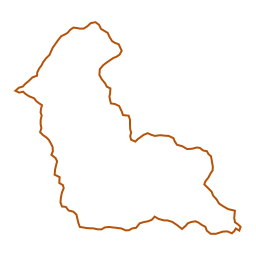 outline of Coronel Fabriciano, Minas Gerais, Brazil
{"feature_id": "56859067B5591218375220", "entity_name": "Coronel Fabriciano", "entity_type": "district", "adm_level": 2, "iso_a3": "BRA", "parent_name": "Brazil", "parent_adm1": "Minas Gerais", "projection": "orthographic", "projection_center": [-42.686, -19.44], "detail": "fine", "context": "isolated", "style": "outline", "palette": "amber", "viewbox_px": 256, "rotation_deg": 0, "n_neighbors": 0, "source": "geoboundaries", "source_scale": "gbopen_adm2", "svg_char_len": 2273}
<svg xmlns="http://www.w3.org/2000/svg" viewBox="0 0 256 256"><path d="M136.1,227.8L139.7,223.3L143.7,222.1L147.9,221.3L151.7,219.9L154.7,216.6L158.5,218.9L164.0,220.4L167.3,220.4L172.1,221.8L177.0,225.0L182.0,229.0L185.6,225.9L187.9,223.2L191.2,222.0L195.4,221.3L198.3,222.5L201.7,224.9L205.4,226.8L206.8,230.7L210.7,233.8L216.0,233.8L222.9,231.6L227.4,231.4L231.9,233.3L234.2,231.2L235.8,228.5L239.3,230.6L240.6,226.8L237.9,224.3L235.0,222.3L234.2,218.0L234.9,210.7L228.1,209.1L223.2,206.3L219.1,203.6L216.6,199.4L213.1,195.6L211.7,191.8L208.5,188.5L204.3,184.4L205.3,181.5L208.5,177.4L210.6,173.3L212.6,170.5L212.8,166.6L212.0,161.8L211.0,156.3L208.5,154.1L206.9,151.2L203.2,150.5L199.8,147.9L196.7,147.5L192.4,148.7L187.2,149.1L182.3,146.2L177.0,144.8L174.9,141.7L173.4,138.1L168.6,135.9L164.9,135.7L160.3,135.2L154.8,135.9L151.3,134.8L147.6,133.2L143.6,134.9L141.0,136.8L137.7,139.2L135.3,141.6L131.0,139.6L130.2,136.1L131.1,132.8L130.2,129.0L130.0,124.6L130.0,119.9L128.7,115.7L123.0,115.1L121.6,111.1L119.1,106.0L114.9,104.0L110.9,103.4L110.1,100.1L109.4,96.5L110.1,93.3L110.4,88.4L106.8,86.7L105.1,83.3L101.8,79.3L99.4,75.0L99.8,69.2L103.1,65.3L106.0,63.0L109.9,60.3L113.5,57.9L116.4,56.8L119.6,54.6L121.7,50.7L118.7,44.3L114.8,42.8L112.1,41.1L109.6,37.1L107.7,32.9L104.7,31.1L101.0,28.9L99.1,24.9L95.5,22.2L90.8,23.1L87.2,26.4L83.7,28.6L79.8,28.6L76.8,28.0L73.4,27.6L70.2,29.8L67.6,32.9L64.3,34.7L61.1,36.3L57.9,40.4L55.9,43.2L52.8,47.6L50.9,51.7L49.6,54.8L45.8,58.6L43.1,62.2L41.7,65.1L39.2,68.5L37.3,72.3L37.0,75.7L32.4,77.4L28.3,81.4L25.3,83.8L22.9,86.5L18.9,87.7L15.4,90.8L19.3,92.6L23.1,91.7L25.4,93.9L29.2,96.3L34.0,98.2L36.3,101.1L38.7,103.0L42.0,105.2L40.9,109.2L40.6,112.6L41.7,115.5L40.7,119.8L40.6,124.1L41.4,128.0L40.1,132.2L43.0,135.1L46.6,137.6L48.8,139.9L50.5,142.8L52.5,146.7L52.9,151.1L51.4,154.8L55.5,158.0L57.1,161.3L56.1,165.2L55.1,169.5L54.6,174.7L59.6,177.1L59.3,183.0L62.9,185.1L63.7,188.1L61.8,193.0L60.8,198.3L60.5,202.6L62.0,206.5L65.8,206.9L68.6,210.5L73.4,211.7L76.4,214.6L77.3,218.3L78.3,222.7L79.8,226.9L82.8,227.4L87.0,228.1L90.4,228.3L93.6,228.4L97.6,229.3L101.7,229.3L104.9,227.4L109.2,227.0L112.5,227.4L116.2,227.8L121.5,228.5L125.7,230.4L129.0,230.2L132.2,228.4L136.1,227.8Z" fill="none" stroke="#b45309" stroke-width="2"/></svg>